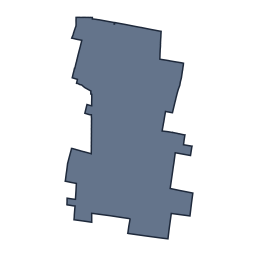 the district of Dragos Voda, Calarasi, Romania, rotated 89°
{"feature_id": "2599482B24421220796675", "entity_name": "Dragos Voda", "entity_type": "district", "adm_level": 2, "iso_a3": "ROU", "parent_name": "Romania", "parent_adm1": "Calarasi", "projection": "equal_earth", "projection_center": [27.177, 44.458], "detail": "fine", "context": "isolated", "style": "filled", "palette": "slate", "viewbox_px": 256, "rotation_deg": 89, "n_neighbors": 0, "source": "geoboundaries", "source_scale": "gbopen_adm2", "svg_char_len": 4778}
<svg xmlns="http://www.w3.org/2000/svg" viewBox="0 0 256 256"><g transform="rotate(89 128 128)"><path d="M218.8,183.6L218.9,182.9L220.2,174.4L221.6,165.9L212.7,165.8L212.9,164.0L213.7,158.7L215.4,147.3L217.3,136.2L218.5,128.8L218.7,128.1L219.1,127.5L223.7,128.4L226.2,128.9L232.5,129.9L233.3,130.1L233.5,129.4L236.2,112.3L238.1,99.9L238.5,97.2L239.1,93.0L239.5,90.0L229.5,88.6L221.8,87.4L214.2,86.2L217.0,67.6L203.4,65.7L194.2,64.3L192.5,72.1L191.1,78.7L191.0,79.0L190.9,79.5L190.3,82.1L189.2,86.9L186.8,86.5L171.4,84.0L167.5,83.4L163.6,82.7L153.6,81.2L153.8,80.1L154.1,78.5L156.6,66.0L152.0,65.2L147.5,64.4L147.3,64.3L147.2,64.9L147.1,65.4L145.7,72.8L141.0,72.1L136.4,71.3L135.9,71.2L135.9,71.5L135.6,73.0L135.2,74.8L134.8,76.3L134.7,76.8L134.6,77.6L134.3,78.6L134.1,79.4L133.9,80.4L133.7,81.4L133.5,82.2L133.3,83.1L133.1,83.4L133.3,83.6L132.6,87.0L132.4,88.1L132.2,89.4L131.8,92.5L131.6,93.9L130.4,93.7L128.7,93.4L126.3,92.9L124.1,92.5L123.3,92.3L122.8,92.2L121.3,91.9L120.6,91.8L117.8,91.3L116.3,91.0L114.2,90.6L112.1,90.2L112.2,89.8L112.5,88.5L112.7,87.3L113.0,85.9L113.3,84.6L113.5,83.3L107.3,81.7L103.4,80.7L100.9,80.0L98.4,79.4L97.0,79.0L94.4,78.3L91.7,77.5L89.6,76.8L86.8,75.7L85.9,75.4L85.2,75.3L82.6,74.8L81.2,74.4L79.8,74.0L78.6,73.7L78.0,73.6L77.3,73.5L74.4,73.0L71.8,72.6L71.1,72.4L68.3,72.0L66.2,71.6L64.2,71.4L63.8,73.1L63.6,74.1L62.8,78.7L61.6,85.1L61.4,85.8L60.8,89.0L60.0,93.7L59.7,95.0L56.8,94.8L54.3,94.7L51.2,94.5L50.7,94.5L47.8,94.2L46.4,94.1L45.8,94.1L45.4,94.1L44.7,94.1L44.3,94.0L42.9,94.0L41.8,93.9L41.2,93.9L40.7,93.8L39.9,93.8L39.1,93.7L38.6,93.7L38.1,93.6L37.6,93.6L36.6,93.5L36.3,93.5L35.9,93.5L34.4,93.4L33.5,93.3L32.9,93.3L32.2,93.2L31.9,93.2L31.7,94.5L30.6,99.8L29.8,103.7L29.1,106.9L28.2,111.0L28.1,111.5L27.8,112.7L27.6,114.0L27.3,115.5L27.1,116.5L26.8,117.9L26.6,118.9L24.5,128.6L22.7,137.6L22.3,139.3L22.3,139.5L22.5,139.6L23.8,139.6L23.9,139.8L23.9,140.0L23.6,140.0L23.0,139.9L22.8,139.9L22.4,139.9L22.3,140.0L21.1,146.1L19.3,155.0L19.0,157.1L18.8,158.0L18.7,158.9L18.5,160.1L18.4,161.1L18.4,161.7L18.2,161.7L17.9,161.7L17.6,161.7L16.9,161.7L16.9,161.9L16.9,162.3L16.8,163.3L16.8,163.6L16.8,164.1L16.8,164.7L16.7,166.0L16.7,167.2L16.7,167.7L16.6,169.5L16.6,171.1L16.6,172.5L16.6,173.6L16.5,174.8L16.5,176.0L16.5,178.0L17.7,178.0L19.4,178.1L21.3,178.1L23.0,178.1L23.7,178.1L24.2,178.2L24.7,178.2L25.4,178.3L25.9,178.5L26.5,178.8L27.1,179.0L28.5,179.5L30.1,180.1L30.8,180.3L31.8,180.7L34.0,181.3L35.1,181.8L36.1,182.3L37.2,182.7L37.3,182.1L37.5,181.2L37.7,180.4L37.9,179.7L38.1,179.0L38.3,178.2L38.5,177.3L38.7,176.5L38.9,175.4L39.1,174.5L39.3,173.7L39.4,173.1L39.5,172.8L39.5,172.7L39.8,172.7L40.0,172.8L40.7,173.0L41.3,173.1L42.0,173.3L43.4,173.7L44.5,174.0L45.4,174.2L46.2,174.4L47.0,174.7L47.5,174.8L48.6,175.1L49.6,175.4L50.3,175.6L51.8,176.0L53.2,176.4L53.9,176.6L55.0,176.9L55.9,177.1L56.5,177.3L57.3,177.5L57.9,177.6L58.4,177.8L60.0,178.2L60.7,178.3L61.5,178.6L62.6,178.9L63.7,179.2L65.4,179.6L67.6,180.2L67.5,180.5L68.7,180.8L70.4,181.2L72.8,181.9L74.9,182.4L76.8,182.9L78.5,177.7L82.4,178.7L82.6,178.2L82.5,177.9L82.6,177.3L83.0,176.8L83.7,175.5L83.9,174.7L84.0,174.3L84.0,173.8L84.1,173.6L84.4,173.3L85.4,172.2L86.7,170.7L86.9,170.4L87.1,170.1L87.6,169.2L88.6,167.5L89.0,166.8L89.6,165.8L90.0,165.1L90.3,164.5L93.4,164.6L93.5,164.1L93.6,163.7L94.7,163.7L96.2,163.7L97.3,163.7L98.9,163.8L100.2,163.8L101.5,163.9L102.8,163.9L104.6,163.9L105.1,163.9L104.8,165.5L103.8,168.6L112.5,170.9L114.0,166.3L114.1,165.8L114.1,165.4L114.1,165.0L114.1,164.6L114.1,164.4L114.8,164.4L115.5,164.4L116.1,164.4L116.4,164.4L116.7,164.4L116.9,164.3L117.0,164.3L117.4,164.3L117.8,164.3L119.2,164.3L120.3,164.4L121.2,164.4L122.0,164.4L123.4,164.4L124.5,164.5L125.1,164.5L125.5,164.5L126.0,164.5L127.0,164.5L127.7,164.6L128.9,164.6L129.9,164.6L130.8,164.6L131.9,164.6L132.9,164.7L134.2,164.7L135.4,164.7L137.3,164.8L138.1,164.8L138.7,164.8L140.3,164.8L141.6,164.9L142.8,164.9L143.1,164.9L144.0,164.9L144.8,165.0L145.5,165.0L147.7,165.0L150.4,165.1L153.1,165.2L152.9,165.8L152.5,167.2L152.1,168.5L152.0,168.9L151.7,169.9L151.5,170.7L151.1,171.9L150.8,173.2L150.5,174.2L150.2,175.3L149.9,176.2L149.5,177.5L149.3,178.2L149.1,178.8L148.8,179.9L148.3,181.4L148.1,182.2L147.8,183.1L147.5,184.2L147.4,184.6L147.4,184.8L147.5,184.8L147.8,184.9L149.1,185.2L151.1,185.8L152.5,186.2L155.6,187.1L159.9,188.3L161.7,188.8L162.8,189.1L163.8,189.2L165.2,189.4L168.7,189.9L173.0,190.6L177.1,191.2L178.6,191.4L180.1,191.7L180.4,190.2L181.4,186.0L182.0,183.1L182.5,180.6L190.0,181.1L198.4,181.8L198.3,182.8L198.1,184.3L197.7,186.7L197.4,188.4L197.1,190.1L198.7,190.2L200.4,190.2L202.0,190.3L203.7,190.4L203.8,190.3L204.0,188.8L204.4,186.6L204.8,184.5L205.1,182.3L207.8,182.6L214.0,183.2L216.0,183.3L218.8,183.6Z" fill="#64748b" stroke="#1e293b" stroke-width="1.5"/></g></svg>